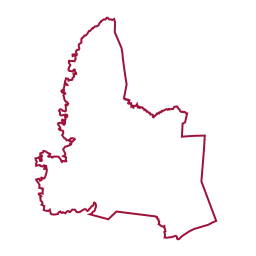 Aowin, Western, Ghana (Albers equal-area conic projection), rotated 182°
{"feature_id": "2480657B72501418673064", "entity_name": "Aowin", "entity_type": "district", "adm_level": 2, "iso_a3": "GHA", "parent_name": "Ghana", "parent_adm1": "Western", "projection": "albers", "projection_center": [-2.683, 5.694], "detail": "fine", "context": "isolated", "style": "outline", "palette": "rose", "viewbox_px": 256, "rotation_deg": 182, "n_neighbors": 0, "source": "geoboundaries", "source_scale": "gbopen_adm2", "svg_char_len": 5893}
<svg xmlns="http://www.w3.org/2000/svg" viewBox="0 0 256 256"><g transform="rotate(182 128 128)"><path d="M87.6,19.8L85.6,19.7L80.0,20.6L76.8,21.9L76.1,21.7L75.1,20.6L75.2,19.3L74.8,18.9L73.8,18.5L72.5,19.2L71.7,20.4L69.6,22.3L62.9,27.0L58.4,29.4L44.4,34.1L40.5,36.4L36.6,38.2L52.8,77.2L51.3,109.5L51.0,123.1L61.4,122.5L73.8,121.2L73.6,134.3L71.2,135.6L69.4,144.7L70.4,144.7L71.6,145.9L72.5,146.0L73.2,145.7L74.3,146.3L74.7,145.9L75.4,145.9L76.7,147.0L77.1,148.3L77.9,148.6L78.6,149.8L79.2,150.2L79.4,151.2L80.6,151.2L82.5,150.7L83.7,148.6L86.0,148.3L87.5,148.4L87.8,147.9L88.4,148.3L89.1,147.6L90.1,148.2L91.8,147.5L92.2,147.0L94.0,146.2L94.4,146.5L95.1,146.1L95.1,145.2L95.6,144.8L96.8,145.0L97.5,144.3L97.5,143.8L98.5,143.9L99.0,143.1L99.8,143.3L101.0,141.3L101.9,141.1L102.4,140.7L102.7,139.7L103.0,139.5L103.6,140.1L103.6,140.7L103.2,141.1L103.7,142.0L105.3,142.5L106.0,142.2L106.9,144.0L107.5,143.8L108.9,145.1L109.8,144.9L110.2,146.0L111.1,146.7L111.2,146.4L111.7,146.8L112.2,146.6L112.3,147.4L113.8,148.0L114.2,149.1L115.0,148.9L115.7,149.2L116.3,149.1L116.8,148.4L117.4,148.7L118.4,148.8L117.8,149.6L118.6,149.7L118.9,150.2L119.5,150.7L118.9,151.6L119.6,151.2L119.8,152.0L120.5,150.6L120.7,150.8L121.6,150.3L122.7,150.4L123.1,150.1L123.3,148.6L124.4,149.1L124.1,150.0L125.3,149.6L125.0,150.9L125.9,151.4L125.7,152.9L127.0,152.9L127.4,153.1L127.7,152.5L128.3,152.3L128.7,152.6L128.5,153.3L128.6,153.6L127.7,154.8L127.6,155.5L128.1,155.3L128.5,156.2L128.9,156.3L129.5,155.9L129.9,156.0L130.4,156.7L131.2,156.7L131.7,156.3L132.2,156.6L132.2,157.2L133.1,157.5L130.9,171.5L132.7,180.7L135.7,198.1L136.1,202.1L137.3,207.8L144.6,223.4L144.6,232.9L145.7,236.5L147.5,235.4L148.7,235.9L150.8,235.9L152.2,237.5L152.8,237.5L153.6,236.9L154.3,235.6L156.2,235.7L158.1,234.0L158.6,233.9L158.9,232.9L159.8,232.3L160.7,230.8L161.0,229.6L163.0,228.4L164.5,228.4L166.4,226.4L166.9,226.7L169.4,223.6L170.4,223.6L172.1,220.5L173.5,218.9L174.7,219.0L175.7,217.2L176.7,216.9L177.0,216.0L177.6,215.7L177.7,213.8L177.5,211.7L179.8,210.1L180.0,209.5L180.1,208.0L179.4,206.0L179.9,204.5L181.7,204.3L182.7,202.8L182.2,201.0L181.7,200.2L181.8,199.2L183.0,199.6L184.8,199.8L186.0,199.4L185.8,198.0L184.8,198.6L183.2,198.0L183.1,197.7L182.7,195.2L183.7,193.7L183.8,192.8L185.7,193.1L187.7,192.9L189.0,193.2L189.4,192.9L189.2,190.8L187.8,188.8L188.9,186.7L189.6,184.2L188.6,183.0L185.6,182.7L184.6,183.9L183.9,184.6L183.5,184.6L183.2,184.4L183.2,182.8L181.9,181.3L181.7,180.2L182.8,180.2L184.3,180.6L184.2,178.9L183.6,178.3L183.6,177.6L185.3,175.9L185.2,174.6L185.8,174.0L187.7,174.0L189.1,173.3L189.5,175.1L191.7,175.4L191.6,174.8L192.6,172.4L192.6,171.4L190.5,169.5L190.2,169.0L191.4,169.1L192.1,169.8L192.7,170.1L193.1,169.3L193.1,167.2L193.7,165.3L193.3,164.4L193.4,163.2L193.9,162.7L195.1,163.5L195.8,163.0L195.3,161.5L195.0,161.2L194.6,161.0L192.6,161.3L191.9,160.2L192.8,159.8L193.7,158.3L192.8,155.9L192.7,154.7L191.9,153.1L190.7,152.0L190.0,152.0L188.6,150.1L189.3,148.8L190.9,149.4L191.4,148.7L190.9,147.8L190.7,143.9L190.8,142.9L191.3,142.4L193.5,142.9L194.3,143.2L195.2,144.1L196.2,144.4L197.0,143.9L197.6,142.8L196.6,141.5L196.3,139.5L196.5,139.0L195.8,138.4L194.9,138.2L190.4,139.3L189.1,138.6L189.1,137.9L189.2,137.1L189.5,137.0L190.9,137.5L191.1,137.3L191.4,136.6L190.7,135.5L190.7,134.8L191.8,133.6L192.7,133.6L193.9,134.1L194.4,133.5L193.7,131.9L192.1,132.3L191.3,133.2L191.0,133.0L191.3,131.8L191.1,130.5L191.7,129.2L192.1,128.9L192.5,129.1L193.1,130.2L194.5,130.4L195.8,130.9L197.7,130.5L198.2,129.4L197.1,128.1L195.5,125.5L195.9,124.9L196.9,124.7L196.5,123.9L195.3,123.4L194.0,123.3L192.7,122.7L192.5,120.4L193.6,118.7L191.6,115.9L189.6,114.8L188.9,113.5L187.1,113.9L186.4,113.1L185.3,112.8L185.0,113.5L185.4,114.9L185.0,115.6L183.7,115.9L181.1,115.5L180.8,114.7L183.2,112.4L184.1,111.1L184.3,109.9L185.3,110.3L185.4,110.0L184.8,109.6L185.4,108.9L188.5,107.5L189.9,107.4L192.0,104.6L192.0,104.2L190.0,100.6L189.7,99.7L190.2,98.6L191.8,97.6L190.4,97.0L189.5,97.1L188.9,96.5L188.8,95.3L189.2,94.5L188.6,92.6L189.9,92.4L190.9,92.8L191.9,92.8L192.1,92.3L192.8,91.7L193.5,92.4L193.6,93.3L194.3,94.4L196.5,96.9L197.9,97.0L199.3,96.8L200.3,97.0L201.6,96.6L202.0,96.0L202.8,95.8L203.4,96.7L206.3,96.5L206.8,97.0L206.0,97.9L205.4,98.1L204.9,99.5L207.0,100.1L209.7,101.8L211.3,102.1L211.8,102.1L212.1,100.5L214.7,99.7L214.9,98.8L214.5,98.0L213.1,97.5L213.0,96.8L214.7,96.9L215.4,96.2L214.7,95.3L214.1,95.2L213.4,94.7L213.0,92.5L213.6,91.9L214.7,92.1L215.7,94.8L216.7,95.1L219.4,94.4L219.0,92.8L217.9,91.2L218.7,89.0L218.4,87.0L217.1,87.6L215.2,87.9L214.6,87.8L214.2,86.9L212.2,86.6L211.0,87.7L208.5,87.3L208.3,86.1L210.1,85.6L210.3,84.2L209.7,84.1L208.0,84.5L207.7,84.0L207.7,81.8L208.3,79.0L209.2,76.0L210.0,74.7L210.5,74.6L212.8,75.4L213.1,75.0L212.3,73.9L212.5,73.1L214.1,72.3L215.2,74.2L218.0,73.3L217.4,72.1L215.7,70.1L214.4,67.8L214.6,65.1L211.4,64.6L210.8,64.2L211.4,63.3L210.9,62.4L211.1,61.0L211.0,59.4L212.8,59.7L214.7,59.4L214.9,58.6L212.3,56.7L213.4,55.7L212.8,54.4L213.0,53.1L212.7,52.3L211.3,51.3L210.8,49.5L211.7,48.3L208.9,47.0L209.4,43.1L207.0,42.4L204.5,42.4L203.3,43.6L202.1,39.5L200.8,39.0L198.7,38.9L195.4,39.5L195.0,39.7L194.6,41.1L193.0,42.1L192.9,41.6L191.5,40.9L190.9,40.9L190.5,41.6L190.1,41.6L189.3,41.1L188.2,41.0L187.6,40.6L185.8,42.7L185.3,42.9L184.6,42.9L183.8,42.1L183.0,42.0L180.8,44.5L178.2,44.5L176.4,42.2L175.6,42.0L173.1,42.4L170.1,44.7L168.7,45.3L167.4,45.3L165.7,43.6L164.6,44.4L163.8,45.9L163.0,46.4L161.7,48.4L160.5,48.9L160.2,49.3L159.4,51.1L159.5,52.0L159.2,52.3L158.4,51.9L157.6,50.8L157.2,48.8L158.4,44.4L159.0,43.5L160.4,42.9L161.1,41.3L163.1,40.4L144.5,36.1L136.7,44.1L97.3,40.6L96.7,40.0L96.0,40.1L95.9,39.4L95.4,38.7L95.5,38.4L95.0,38.0L94.4,37.9L94.2,36.1L93.8,36.0L93.5,35.6L93.7,34.5L93.5,34.2L94.1,33.1L91.5,31.3L89.9,30.7L88.3,31.3L88.4,29.8L87.8,29.3L87.0,26.0L88.1,25.3L87.2,22.8L87.6,19.8Z" fill="none" stroke="#9f1239" stroke-width="2"/></g></svg>